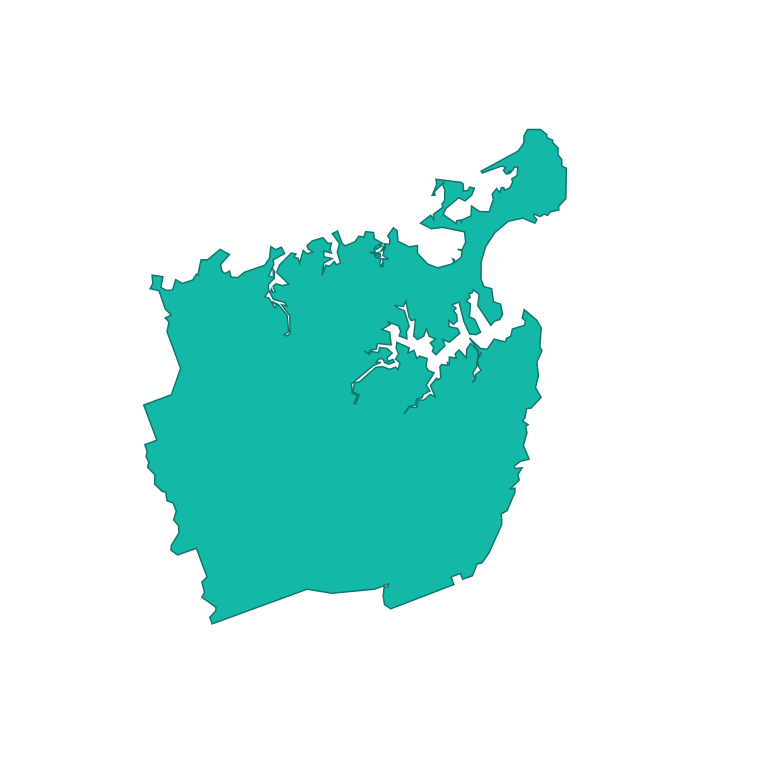 outline of Sutherland, New South Wales, Australia, rotated 330°
{"feature_id": "25037944B61744382554137", "entity_name": "Sutherland", "entity_type": "district", "adm_level": 2, "iso_a3": "AUS", "parent_name": "Australia", "parent_adm1": "New South Wales", "projection": "orthographic", "projection_center": [151.117, -34.072], "detail": "fine", "context": "isolated", "style": "filled", "palette": "teal", "viewbox_px": 768, "rotation_deg": 330, "n_neighbors": 0, "source": "geoboundaries", "source_scale": "gbopen_adm2", "svg_char_len": 6171}
<svg xmlns="http://www.w3.org/2000/svg" viewBox="0 0 768 768"><g transform="rotate(330 384 384)"><path d="M115.2,505.8L214.7,523.2L234.3,539.2L273.4,557.0L288.2,559.5L285.7,561.7L282.5,560.0L277.2,567.4L274.2,575.3L277.4,582.0L344.4,592.6L345.5,584.6L355.4,586.3L354.5,592.4L364.6,594.3L374.7,586.4L379.3,587.9L390.6,582.7L415.9,564.4L420.5,555.2L427.4,555.2L443.2,543.2L445.4,539.7L440.9,538.0L453.1,534.8L454.6,529.4L461.7,525.6L455.3,522.8L455.8,520.1L463.9,519.2L472.1,521.7L474.0,506.9L483.5,497.6L485.4,491.4L488.4,491.3L485.5,485.1L489.3,483.7L494.9,476.6L499.4,478.4L513.3,474.1L513.4,462.9L521.7,454.3L527.4,441.4L537.5,434.0L537.5,429.8L548.1,414.2L548.2,405.2L542.6,389.7L536.7,396.1L538.0,400.1L535.1,403.4L522.7,400.6L517.5,406.1L513.2,405.7L510.1,408.3L501.8,400.2L490.7,405.6L485.3,401.4L481.0,386.9L482.3,402.1L479.9,406.9L484.5,405.3L477.2,409.8L474.6,415.4L474.9,420.6L468.0,421.7L465.4,426.1L460.9,426.8L465.8,425.3L466.1,419.0L472.6,415.5L480.4,405.4L481.6,401.8L479.3,392.1L473.1,395.2L468.3,402.5L466.0,392.0L460.9,393.4L459.4,397.6L454.1,393.3L450.3,399.3L449.6,397.2L448.4,399.7L443.8,396.0L441.1,396.9L436.3,407.0L432.8,407.5L432.5,405.3L423.4,408.6L422.0,420.7L419.0,416.2L410.4,417.9L405.6,414.9L400.5,420.6L394.6,416.6L386.1,420.1L394.4,415.9L400.8,417.9L404.7,413.4L410.3,414.9L412.7,412.7L420.2,413.0L420.1,405.9L433.0,399.5L429.0,394.3L429.2,389.7L434.1,383.5L428.9,377.7L425.2,378.2L426.8,369.8L420.0,369.2L424.0,365.5L416.0,354.4L412.5,358.9L411.7,365.3L406.4,368.2L408.5,373.5L403.3,378.6L402.5,375.2L396.4,374.2L391.3,368.2L385.2,365.5L364.1,369.8L359.1,368.3L353.0,375.4L357.0,381.0L349.4,387.1L348.3,385.8L355.3,380.9L351.9,376.1L355.8,367.7L384.0,362.7L392.2,363.8L387.9,361.1L392.5,359.7L395.4,361.7L395.5,366.4L398.1,369.3L403.9,370.2L404.0,367.1L398.5,366.5L399.9,362.7L406.5,361.4L404.4,354.8L398.4,350.2L394.9,354.1L389.1,349.4L386.1,351.0L383.4,345.8L385.8,349.4L389.0,348.0L394.8,350.0L398.6,345.7L409.8,353.6L414.8,341.9L409.3,335.6L419.4,335.6L418.1,331.4L425.6,340.9L424.7,347.0L421.1,349.9L426.4,356.4L429.6,349.8L434.7,346.6L438.3,330.8L434.6,325.9L432.4,321.0L439.5,326.5L444.4,323.2L439.0,339.1L439.5,342.8L443.5,343.8L433.7,357.4L435.2,362.2L442.3,362.4L448.4,357.3L447.0,365.3L451.1,370.7L444.6,371.6L445.4,377.1L442.2,379.9L443.6,384.7L456.1,381.2L456.9,375.0L461.5,380.5L474.9,378.1L475.6,372.7L469.1,366.9L471.8,361.4L474.0,367.1L479.1,366.0L481.6,360.1L480.8,355.4L484.2,354.5L482.3,349.2L489.9,350.6L484.3,370.6L483.2,383.5L488.4,387.3L493.5,387.5L494.9,373.5L491.5,368.5L498.9,358.0L496.9,353.1L502.0,352.0L502.9,348.1L505.9,349.2L508.4,347.2L511.3,353.8L504.4,363.0L505.8,386.6L511.4,384.7L516.5,386.1L521.6,382.8L524.8,373.1L519.9,367.4L524.9,355.3L519.1,349.5L520.5,341.5L529.2,326.9L540.6,315.9L555.3,308.5L572.7,305.2L587.0,309.6L595.1,320.2L598.7,318.0L597.5,313.8L599.2,312.1L602.8,317.1L607.6,316.9L610.0,319.8L614.1,318.0L622.5,320.7L623.9,317.5L634.1,314.4L649.9,288.2L646.9,284.4L650.1,278.4L649.2,272.4L652.8,266.8L650.7,259.2L652.0,257.2L648.3,252.1L649.7,249.2L646.7,241.8L635.4,235.3L629.5,239.0L625.6,245.2L616.9,249.3L574.5,248.3L574.7,250.4L595.3,254.1L597.5,257.4L594.2,258.7L594.8,263.2L597.5,264.3L599.8,264.1L597.3,262.1L602.1,263.3L605.6,261.3L608.3,263.3L603.4,270.0L597.0,270.4L596.7,273.2L590.8,277.2L585.2,276.4L585.9,273.9L584.0,272.7L579.9,276.0L579.2,271.1L572.6,273.7L571.0,278.8L561.1,287.5L552.9,282.3L548.8,273.7L543.4,281.9L533.5,280.9L532.0,282.7L532.2,280.2L528.5,278.9L526.9,281.5L520.0,267.0L524.8,263.1L541.8,260.0L545.6,265.9L554.4,264.3L560.1,259.6L556.6,256.3L553.6,258.3L549.3,256.8L552.6,250.1L551.2,247.6L531.4,232.7L529.6,237.4L520.0,244.7L522.6,246.0L523.9,242.6L537.3,239.1L534.4,240.7L533.8,246.3L528.5,255.2L524.2,257.1L523.2,260.4L511.6,261.8L509.2,266.5L508.8,261.2L496.0,263.0L502.7,273.2L513.2,277.7L529.8,292.5L525.7,301.9L518.8,306.8L515.1,304.1L518.3,307.7L514.0,313.0L505.6,314.0L507.1,311.7L506.1,309.9L505.4,313.8L501.6,313.7L488.6,310.3L481.9,302.1L478.3,287.5L482.2,280.8L474.5,278.0L467.5,267.4L472.0,257.8L470.2,253.4L461.3,257.5L461.6,261.8L458.4,265.8L454.7,262.9L453.3,267.1L451.5,267.6L452.9,264.6L447.8,267.3L451.1,267.9L447.4,272.1L450.3,278.4L445.7,275.0L441.4,282.5L442.4,278.9L440.0,280.5L440.1,277.7L444.2,274.1L440.1,270.7L444.8,271.8L445.7,269.4L442.0,268.8L445.5,267.5L441.9,266.4L439.9,270.1L440.7,265.9L437.0,262.8L442.3,265.2L443.1,262.1L445.8,260.7L444.5,263.6L451.0,263.3L447.9,260.5L453.3,261.9L448.2,253.4L450.7,247.6L444.3,242.9L439.9,246.7L436.1,243.4L430.0,246.3L419.4,245.0L418.1,241.6L420.2,228.3L414.4,228.0L415.7,240.2L409.4,246.5L406.8,257.6L402.3,256.8L402.2,253.1L396.1,254.8L392.9,252.1L384.6,259.1L392.5,249.1L401.7,249.5L395.5,243.7L398.3,238.8L404.0,244.4L404.4,240.5L409.0,235.7L405.6,234.0L404.3,226.8L393.4,224.2L386.5,225.7L385.9,229.3L388.4,233.9L382.6,232.9L380.8,227.9L371.1,237.5L372.5,232.5L369.5,228.8L372.8,227.4L369.2,224.2L353.2,228.7L346.8,233.6L351.5,249.9L345.0,247.9L340.6,243.2L336.8,243.9L335.9,250.0L333.3,248.8L334.2,245.5L330.9,247.4L330.6,255.5L338.6,263.5L338.9,267.9L335.0,264.2L336.5,277.9L327.9,293.4L324.1,293.9L322.1,291.4L327.6,291.2L334.4,276.1L332.3,262.5L328.1,256.5L330.7,262.4L327.6,263.5L327.2,251.9L324.2,248.8L330.7,245.8L333.5,240.0L341.7,237.6L345.3,232.1L345.2,229.5L341.5,236.6L338.2,232.6L348.3,225.4L350.1,221.0L363.2,221.3L363.5,214.2L357.3,213.5L354.7,208.4L347.7,217.9L340.1,221.5L318.9,217.4L310.6,218.8L305.0,215.0L306.7,209.0L301.4,208.8L300.1,205.3L302.2,198.8L314.9,194.6L309.4,185.5L293.4,188.2L287.6,185.0L277.1,196.8L276.4,195.1L270.4,198.3L259.6,196.1L255.8,189.5L247.9,196.9L242.5,194.3L239.1,188.8L246.1,180.6L237.6,173.7L234.1,181.3L229.1,184.6L235.8,190.7L232.1,209.7L234.1,218.0L227.6,217.3L228.8,223.0L222.3,230.0L215.7,268.7L194.5,287.0L165.4,282.1L159.2,319.1L146.5,316.9L145.2,324.0L141.7,327.9L141.3,334.1L137.6,337.9L140.2,348.1L135.3,356.1L138.3,366.3L140.9,368.6L137.7,376.7L141.9,381.5L140.5,390.4L133.9,396.4L135.2,404.1L131.9,410.5L119.2,417.4L116.4,421.4L119.8,428.8L139.4,432.5L134.3,462.6L127.3,464.4L124.3,474.9L119.6,477.5L126.9,493.5L124.7,496.4L116.5,499.0L115.2,505.8Z" fill="#14b8a6" stroke="#0f766e" stroke-width="1.5"/></g></svg>